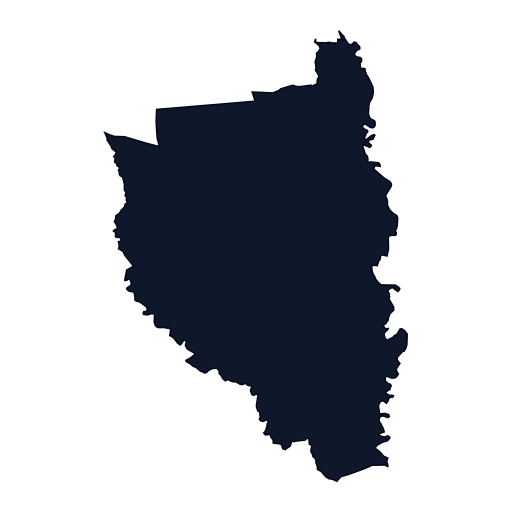 the district of Axochiapan, Morelos, Mexico
{"feature_id": "50627088B14016232741468", "entity_name": "Axochiapan", "entity_type": "district", "adm_level": 2, "iso_a3": "MEX", "parent_name": "Mexico", "parent_adm1": "Morelos", "projection": "albers", "projection_center": [-98.745, 18.524], "detail": "fine", "context": "isolated", "style": "filled", "palette": "ink", "viewbox_px": 512, "rotation_deg": 0, "n_neighbors": 0, "source": "geoboundaries", "source_scale": "gbopen_adm2", "svg_char_len": 6053}
<svg xmlns="http://www.w3.org/2000/svg" viewBox="0 0 512 512"><path d="M356.1,42.5L353.8,42.2L353.8,43.4L352.3,43.5L352.0,44.9L349.8,44.8L347.1,42.5L346.0,40.2L344.9,39.0L343.6,35.9L342.8,35.5L338.7,30.7L341.9,39.7L341.4,39.3L337.8,39.3L337.8,42.9L331.4,43.0L330.9,42.5L328.0,42.4L327.1,42.5L326.7,42.9L317.3,42.6L315.5,42.0L315.7,38.8L314.6,41.9L319.1,45.6L320.3,48.7L318.2,51.8L316.5,53.1L316.8,56.6L315.1,62.2L315.9,62.3L315.5,63.5L316.0,68.0L315.5,70.1L318.6,75.3L318.5,78.4L317.5,78.7L316.8,84.8L316.5,84.1L311.5,86.3L311.0,86.3L311.0,85.2L310.7,85.2L299.2,86.7L295.7,86.3L293.7,85.4L292.1,85.4L280.6,88.9L279.1,90.4L272.9,92.9L252.2,92.0L255.1,101.2L156.6,109.4L156.1,122.0L157.1,137.7L159.4,146.6L145.6,143.0L124.5,136.7L114.4,136.4L109.5,134.8L104.8,132.6L107.8,139.8L107.1,140.0L111.4,146.6L111.6,147.9L112.5,149.1L115.9,151.7L116.3,152.7L114.6,155.6L113.7,156.5L114.8,157.3L115.1,158.9L114.6,161.6L114.8,162.3L116.6,163.4L116.9,165.6L119.5,167.4L119.5,168.4L118.4,170.5L119.7,172.7L119.1,173.6L119.7,175.0L120.3,175.9L122.5,176.7L124.4,184.2L124.4,190.2L126.0,192.5L125.1,195.6L126.5,197.3L126.3,200.3L127.5,202.9L125.1,204.1L124.6,206.9L120.9,210.5L119.6,213.2L116.0,215.5L115.4,219.9L114.4,221.5L116.9,225.8L117.2,228.0L117.0,229.0L114.7,229.6L113.4,231.0L115.2,232.2L115.8,234.6L115.3,236.3L116.7,237.5L119.0,237.1L120.7,238.6L121.1,240.2L120.3,241.4L118.4,241.6L119.3,246.1L118.5,248.8L122.9,251.3L125.0,255.5L133.5,266.2L126.7,270.0L124.7,280.2L125.0,280.6L126.9,280.3L127.6,279.3L129.5,278.8L130.9,281.7L131.3,284.0L131.0,284.9L129.6,286.3L127.1,287.7L126.7,289.0L128.3,290.7L130.5,291.5L132.5,291.5L134.3,293.1L135.0,298.0L134.8,299.8L136.1,301.1L139.4,301.7L146.3,306.8L147.0,307.9L147.2,310.1L145.7,311.6L143.7,311.6L143.1,313.2L143.5,314.4L147.4,314.9L151.0,313.8L153.5,313.6L154.3,314.5L154.5,316.2L154.2,321.8L155.0,324.7L155.7,326.0L156.9,327.0L158.6,327.6L165.3,327.5L165.6,328.0L169.6,328.3L170.3,329.0L170.5,331.3L169.7,335.6L171.2,336.2L173.9,338.3L177.7,343.2L179.5,344.5L180.5,344.9L183.5,340.6L185.1,340.2L186.2,340.8L185.4,345.8L187.5,349.2L194.9,353.3L194.3,354.8L190.5,357.9L185.9,360.4L186.4,361.7L190.1,363.6L192.9,366.1L196.2,367.5L200.5,371.2L201.8,371.4L204.3,372.9L205.4,372.9L206.7,372.3L208.5,370.5L212.3,368.5L216.6,368.2L217.4,368.7L219.2,371.2L219.1,373.3L221.0,375.4L223.1,379.0L225.5,380.8L227.5,379.5L232.4,381.7L236.1,381.9L240.1,384.3L242.3,384.6L245.6,383.4L247.6,385.3L251.2,386.0L251.8,387.1L250.6,389.7L250.5,390.6L251.9,394.6L253.2,395.3L258.1,393.9L256.4,405.5L256.6,407.4L257.8,410.9L260.0,412.2L259.8,414.2L260.3,416.7L259.4,419.3L260.7,420.9L263.2,421.4L266.2,420.1L266.5,419.5L268.8,421.8L268.1,422.1L267.4,423.4L266.3,428.7L265.0,431.5L263.7,432.9L265.4,434.9L270.1,434.4L271.0,437.3L273.1,440.1L273.3,443.1L280.8,444.0L281.7,445.4L282.8,448.8L283.3,448.7L284.9,449.7L290.3,446.0L291.5,441.4L294.5,441.6L294.7,441.2L305.0,440.1L307.5,438.1L308.8,438.3L309.4,444.4L311.0,444.8L311.8,445.7L310.9,450.3L311.3,452.7L312.5,454.1L313.0,456.7L314.7,457.8L315.9,460.5L316.0,462.8L317.2,466.0L317.5,469.5L321.1,471.4L325.7,476.7L329.1,478.8L332.4,479.2L336.8,481.3L341.0,476.6L348.4,474.5L363.8,468.9L370.7,466.0L370.7,465.3L384.6,465.0L387.8,466.5L387.7,464.4L386.7,461.4L387.8,458.0L384.0,456.4L379.5,451.5L375.7,448.7L375.4,447.8L376.5,445.7L382.4,442.3L387.5,440.8L389.9,437.9L389.5,436.8L387.7,435.7L384.9,437.0L381.6,436.4L379.7,435.5L378.8,433.8L384.2,431.9L383.5,429.1L380.5,423.1L379.7,422.5L378.9,419.0L380.6,416.3L383.5,416.0L387.9,417.6L389.4,416.5L388.6,414.5L384.4,413.4L379.7,414.0L378.4,405.6L380.0,402.0L383.0,400.6L386.4,403.3L388.1,400.8L388.5,398.8L390.9,397.0L392.6,397.4L393.4,395.6L391.2,395.2L389.9,395.7L385.6,393.2L386.3,391.6L389.9,389.4L391.2,385.4L389.9,384.0L388.5,383.7L385.2,380.8L385.3,377.3L386.8,376.2L391.8,378.2L394.9,377.9L396.6,376.7L398.4,374.1L396.6,371.0L396.4,368.6L399.9,363.5L397.2,360.0L397.2,357.9L397.5,357.1L402.8,351.3L404.0,351.4L405.8,348.3L406.9,344.6L407.2,334.2L404.7,330.7L401.6,328.7L400.1,328.9L397.3,333.7L396.0,334.9L394.4,335.5L393.0,337.3L387.8,339.8L386.2,339.9L384.4,336.1L384.0,333.8L385.4,331.6L386.8,330.7L388.2,328.8L388.2,328.5L386.8,328.8L385.0,328.3L383.6,326.4L384.1,324.4L384.8,323.5L384.8,323.9L385.7,323.8L387.7,320.2L388.0,320.4L388.6,317.2L390.0,313.6L393.8,310.1L393.6,307.0L389.3,299.5L389.0,298.1L389.6,297.3L389.2,293.4L388.8,293.3L387.8,290.8L389.0,289.2L392.3,287.5L397.9,291.6L399.3,290.0L399.7,288.6L398.6,288.7L398.9,287.4L395.4,285.1L381.1,284.9L378.3,282.4L375.8,279.3L375.3,279.4L375.1,277.6L374.6,277.4L374.9,277.0L374.2,275.9L373.9,276.1L373.7,275.7L374.0,275.5L373.3,274.3L372.9,274.4L373.0,273.9L371.8,269.6L371.3,269.6L371.3,268.7L371.9,268.7L371.6,267.2L371.0,266.4L372.0,266.4L372.0,265.1L377.2,265.7L378.9,260.7L380.1,259.7L380.1,258.0L381.2,254.7L387.0,256.0L388.5,249.2L388.3,237.8L388.5,237.0L390.2,235.3L395.1,235.4L396.2,234.7L396.2,232.7L395.2,230.7L396.5,228.7L397.2,225.9L397.7,218.0L396.7,215.4L393.3,213.4L389.5,209.7L387.3,204.8L387.6,202.4L386.9,198.7L385.7,196.4L385.7,195.2L391.1,186.5L391.5,184.5L391.3,183.6L389.4,181.1L388.6,180.9L383.7,177.7L373.7,168.9L375.0,165.6L380.2,166.4L380.2,165.1L379.2,163.3L378.4,162.7L369.6,161.9L368.2,162.5L367.7,161.7L367.9,159.3L367.5,156.4L365.3,154.1L362.7,146.1L363.1,145.2L364.5,145.2L369.9,147.4L371.2,146.0L371.3,145.2L368.5,142.7L368.5,141.3L369.5,140.0L373.0,139.1L374.9,135.3L374.0,134.6L371.2,135.7L366.5,139.4L364.8,139.3L364.4,138.8L364.5,137.8L366.4,133.3L367.8,131.5L367.3,130.4L363.9,128.8L362.4,127.0L362.8,125.4L364.7,124.0L365.5,124.1L370.3,127.4L372.0,127.7L373.4,127.6L374.1,127.1L375.1,125.5L375.1,122.4L374.5,120.8L371.0,119.0L369.9,117.9L368.4,114.2L368.9,105.1L370.0,101.7L372.1,98.0L373.2,93.3L373.2,90.4L373.0,87.6L372.2,85.4L368.5,77.7L366.1,74.0L365.9,72.6L365.2,71.5L365.1,69.0L363.4,68.2L361.5,68.9L360.5,67.5L360.0,63.1L361.2,62.0L361.8,59.8L361.2,58.3L360.1,57.5L356.5,56.9L354.6,55.1L354.9,52.7L356.9,50.3L359.6,49.1L359.9,48.0L359.3,46.2L357.2,44.4L356.1,42.5Z" fill="#0f172a" stroke="#020617" stroke-width="1.5"/></svg>